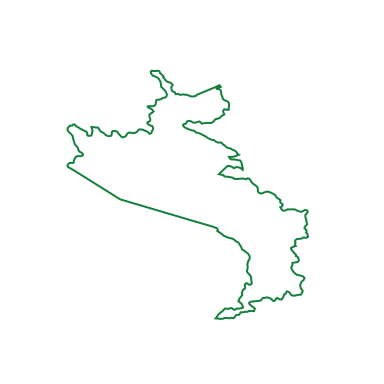 outline of Macarani, Bahia, Brazil, rotated 291°
{"feature_id": "56859067B98841260040337", "entity_name": "Macarani", "entity_type": "district", "adm_level": 2, "iso_a3": "BRA", "parent_name": "Brazil", "parent_adm1": "Bahia", "projection": "equal_earth", "projection_center": [-40.385, -15.539], "detail": "fine", "context": "isolated", "style": "outline", "palette": "green", "viewbox_px": 384, "rotation_deg": 291, "n_neighbors": 0, "source": "geoboundaries", "source_scale": "gbopen_adm2", "svg_char_len": 6071}
<svg xmlns="http://www.w3.org/2000/svg" viewBox="0 0 384 384"><g transform="rotate(291 192 192)"><path d="M82.5,259.4L83.2,261.7L83.7,264.1L84.9,266.4L86.2,267.9L87.3,270.8L87.7,272.8L88.7,273.8L89.1,276.1L93.0,277.4L94.4,280.0L97.1,280.6L98.0,282.7L99.6,285.3L100.1,286.9L101.2,287.6L102.4,290.6L102.9,292.5L105.7,292.5L107.7,286.1L109.0,285.0L110.6,286.1L115.2,295.0L118.5,296.2L119.2,297.9L120.3,299.3L120.8,301.3L120.7,303.8L119.3,307.1L120.5,308.4L122.3,308.6L123.7,309.5L123.1,311.7L123.7,314.2L126.9,314.8L129.4,314.7L130.3,315.8L133.1,316.1L133.4,318.0L132.6,319.9L131.5,321.2L131.2,322.7L132.1,325.2L133.8,327.6L135.2,330.5L139.1,330.9L140.0,329.9L141.2,328.0L143.8,326.3L147.3,326.4L150.0,327.8L152.2,327.8L152.9,325.8L153.0,324.2L152.3,319.5L152.9,317.3L154.1,314.8L155.8,312.7L157.3,311.6L159.5,312.0L161.8,311.1L164.3,315.5L165.9,316.3L167.2,316.0L169.3,314.0L169.4,311.9L170.7,311.6L171.4,309.7L173.6,305.8L175.0,304.4L176.3,305.3L178.9,308.2L179.9,306.8L181.9,306.8L182.7,305.8L184.0,305.8L185.7,306.8L187.1,309.9L188.4,311.5L189.6,312.5L190.1,315.0L191.9,316.4L193.2,315.4L194.4,314.7L194.9,313.1L196.2,313.1L197.6,312.2L198.4,310.1L199.9,309.7L201.3,310.4L203.0,311.1L204.6,310.2L206.0,309.0L207.3,308.6L208.3,307.4L210.3,306.3L211.8,306.1L213.6,307.1L215.4,307.0L216.1,305.5L215.5,303.7L214.5,302.8L213.5,302.1L212.5,300.7L212.3,298.5L212.3,296.5L212.6,294.0L211.6,291.5L210.8,289.6L210.0,287.3L208.9,286.5L207.9,285.4L207.2,283.7L207.7,282.3L209.4,279.9L210.6,281.1L212.5,281.4L213.6,279.1L214.4,277.7L216.0,277.5L216.6,276.3L216.7,274.7L217.4,272.7L218.8,270.9L219.4,268.6L219.7,264.3L219.5,262.5L218.9,261.3L217.7,259.8L215.5,257.6L215.2,254.8L216.4,253.2L217.6,252.6L219.5,251.9L220.5,250.3L221.0,248.5L221.6,246.2L222.6,243.7L223.8,242.7L224.9,240.5L224.6,238.8L223.3,238.1L223.0,235.5L222.4,233.7L221.6,232.1L220.6,230.2L220.1,228.6L219.4,226.9L219.9,224.6L219.3,220.9L218.7,218.8L218.2,216.8L219.0,214.8L218.5,212.5L218.3,210.7L229.0,215.8L229.7,217.9L229.9,219.6L229.3,222.6L230.9,224.1L231.6,225.7L231.8,227.8L231.6,229.7L230.9,231.3L232.3,231.0L233.6,229.8L235.3,229.0L236.6,227.9L237.7,227.2L238.7,225.7L238.2,223.7L237.9,221.4L237.2,218.9L236.5,216.9L236.9,215.2L238.1,214.0L238.9,216.3L239.9,218.3L243.6,222.4L244.0,220.8L245.2,219.2L246.0,217.1L245.9,214.8L246.4,212.7L246.1,210.4L246.1,208.2L247.1,206.0L247.4,203.9L248.3,202.8L248.5,200.9L247.5,198.8L247.6,196.1L248.3,193.8L247.8,191.9L248.0,187.9L248.9,183.8L249.1,181.2L249.4,179.2L249.4,177.1L249.0,174.3L250.0,171.9L249.5,170.2L249.4,168.1L249.4,164.5L249.7,162.4L250.2,160.6L251.6,159.5L252.7,160.5L253.8,162.0L255.6,161.9L256.8,162.6L257.5,164.2L257.6,165.8L257.2,168.4L258.0,170.5L259.4,171.9L260.5,173.8L260.1,175.2L259.3,176.4L260.3,178.1L260.9,179.4L261.7,180.9L262.3,182.5L262.9,184.5L264.1,186.0L265.7,187.0L267.3,187.3L268.6,188.0L269.5,189.6L271.5,191.5L273.3,192.3L276.1,194.4L277.1,193.2L278.8,191.9L280.9,192.5L281.2,195.4L282.1,196.8L283.2,196.1L285.0,196.0L288.3,194.6L288.9,193.4L289.5,191.9L289.2,189.6L290.1,187.3L291.6,186.4L292.7,185.1L295.2,183.5L296.6,183.0L297.3,181.9L297.7,180.1L297.1,178.4L298.0,177.3L299.3,177.3L284.4,161.6L283.0,161.1L282.1,159.7L281.4,158.4L280.8,156.5L281.0,152.3L280.3,150.8L280.0,148.9L279.1,147.4L278.4,145.8L278.6,144.0L277.5,141.7L278.9,140.2L279.0,138.5L279.5,136.7L280.6,136.2L282.0,135.1L284.9,135.6L286.0,134.0L286.3,132.0L286.1,129.3L286.8,127.2L287.8,126.0L288.7,124.0L289.9,123.9L291.6,119.6L292.8,118.6L293.1,117.1L291.8,114.3L291.1,112.6L290.7,110.8L289.5,110.3L288.0,111.3L286.6,113.6L286.6,116.5L286.5,118.3L285.6,120.7L283.9,122.8L282.7,123.7L281.1,124.5L279.2,125.6L277.3,129.8L276.5,131.3L275.2,132.7L273.8,133.7L272.6,133.9L271.5,133.7L270.4,132.9L269.4,131.0L267.8,130.0L266.9,128.8L265.9,127.1L265.2,125.9L263.5,125.9L261.8,126.5L259.9,126.5L258.6,125.5L257.7,124.1L257.1,121.8L256.1,120.1L255.1,120.9L255.1,122.6L254.8,124.8L253.5,127.2L251.8,126.4L250.4,125.3L248.7,124.6L246.7,125.5L245.2,126.9L243.6,127.4L242.2,126.7L241.3,125.5L240.0,125.8L239.4,127.3L239.2,128.9L239.3,131.2L237.9,132.8L236.2,133.1L234.3,132.8L232.5,132.9L231.1,131.7L231.7,130.1L232.3,128.8L232.3,126.4L232.6,124.5L232.2,122.4L231.7,120.6L230.7,119.7L228.7,119.2L227.1,118.0L225.8,116.0L225.5,114.1L225.1,112.1L223.5,110.7L220.7,110.3L219.1,109.0L218.0,107.2L218.8,105.2L220.0,102.7L221.6,100.4L221.3,97.9L220.4,96.1L219.0,95.7L217.1,96.5L215.6,96.4L214.4,94.7L214.1,92.5L214.3,90.9L215.1,89.2L215.6,87.8L215.5,86.2L216.3,83.9L217.8,82.4L218.5,80.9L217.8,79.5L217.4,77.4L216.6,74.8L213.6,77.2L212.2,77.3L210.5,77.7L208.8,77.8L208.0,76.7L207.2,74.9L207.8,73.6L209.1,73.3L210.1,72.5L210.6,70.7L210.7,68.5L210.9,66.2L211.2,64.4L211.6,62.5L211.9,60.0L213.0,58.3L212.5,56.9L211.1,56.4L210.2,54.2L208.8,53.7L207.3,53.1L205.7,53.3L204.3,54.8L203.5,56.4L203.0,57.8L202.3,59.3L201.4,60.5L197.7,63.0L195.2,65.0L194.1,66.3L193.3,68.1L192.2,69.8L190.8,70.6L189.4,72.3L189.1,74.7L188.6,76.2L187.3,77.0L185.7,75.7L184.6,72.6L183.3,71.0L182.0,70.6L180.6,70.6L179.1,70.4L177.3,71.0L176.2,70.2L175.6,67.6L174.0,66.5L172.1,66.2L171.0,67.1L169.7,75.0L159.4,127.6L165.3,202.1L166.9,221.6L167.2,227.8L166.2,229.6L164.6,229.6L164.2,231.9L163.6,233.5L163.6,235.1L162.5,236.9L162.4,243.1L162.8,245.1L162.9,247.4L161.8,250.6L161.5,253.3L160.3,254.8L159.5,256.1L157.9,258.0L156.2,259.5L156.0,261.6L155.4,263.2L155.0,265.0L154.2,267.1L152.5,269.0L150.5,269.6L149.4,269.8L148.1,269.2L146.6,269.5L144.6,269.4L142.5,270.7L139.9,271.4L138.6,271.4L137.4,271.8L136.0,274.0L135.3,275.9L133.5,277.7L130.8,279.0L129.2,280.0L127.6,280.6L125.9,279.1L126.1,277.5L126.5,275.6L125.3,274.7L123.7,274.6L122.3,275.6L120.7,276.0L119.7,275.0L117.9,274.7L115.9,274.6L114.2,275.8L112.5,275.5L110.6,274.8L108.1,274.4L106.6,274.5L106.1,276.7L105.2,278.7L102.7,281.1L101.7,280.5L100.9,279.1L100.0,277.8L99.4,275.8L98.4,274.8L97.4,274.3L97.2,272.4L97.9,270.7L97.1,269.1L96.1,268.1L95.6,266.6L95.1,264.6L94.0,264.0L92.8,263.7L87.2,260.5L85.4,260.1L83.9,259.9L82.5,259.4ZM299.3,177.3L299.0,179.6L300.5,181.2L301.5,179.2L299.3,177.3Z" fill="none" stroke="#15803d" stroke-width="2"/></g></svg>